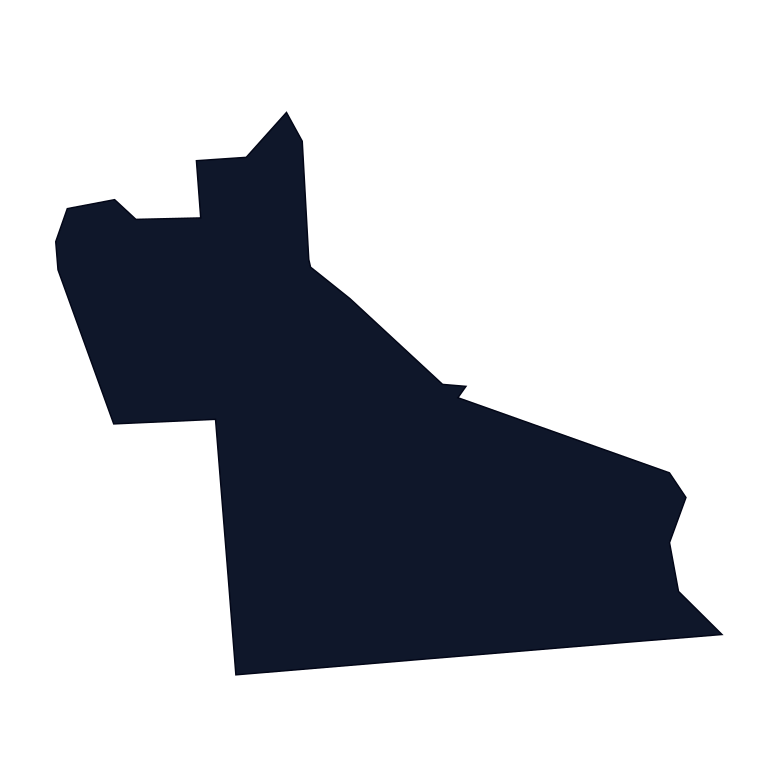 the district of Dawson, Georgia, United States of America, rotated 355°
{"feature_id": "52423323B59188916162072", "entity_name": "Dawson", "entity_type": "district", "adm_level": 2, "iso_a3": "USA", "parent_name": "United States of America", "parent_adm1": "Georgia", "projection": "mercator", "projection_center": [-84.168, 34.476], "detail": "fine", "context": "isolated", "style": "filled", "palette": "ink", "viewbox_px": 768, "rotation_deg": 355, "n_neighbors": 0, "source": "geoboundaries", "source_scale": "gbopen_adm2", "svg_char_len": 504}
<svg xmlns="http://www.w3.org/2000/svg" viewBox="0 0 768 768"><g transform="rotate(355 384 384)"><path d="M698.8,663.0L659.3,616.3L654.6,566.9L674.9,523.4L660.6,497.4L456.4,404.1L465.4,393.5L442.3,389.5L357.5,296.0L321.0,261.2L319.9,253.4L323.7,135.0L310.5,105.0L266.5,146.2L216.6,145.2L215.9,202.6L151.2,198.4L131.7,176.9L83.8,181.7L69.4,213.6L69.2,241.8L111.3,400.2L213.1,404.5L211.9,570.8L211.1,660.8L388.7,661.5L599.2,662.4L698.8,663.0Z" fill="#0f172a" stroke="#020617" stroke-width="1.5"/></g></svg>